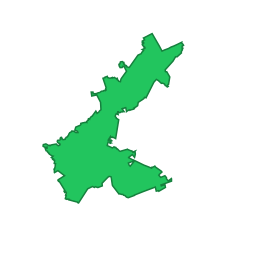 Salvador Alvarado, Sinaloa, Mexico (Natural Earth projection), rotated 240°
{"feature_id": "50627088B8261006945538", "entity_name": "Salvador Alvarado", "entity_type": "district", "adm_level": 2, "iso_a3": "MEX", "parent_name": "Mexico", "parent_adm1": "Sinaloa", "projection": "natural_earth1", "projection_center": [-108.084, 25.381], "detail": "fine", "context": "isolated", "style": "filled", "palette": "green", "viewbox_px": 256, "rotation_deg": 240, "n_neighbors": 0, "source": "geoboundaries", "source_scale": "gbopen_adm2", "svg_char_len": 5826}
<svg xmlns="http://www.w3.org/2000/svg" viewBox="0 0 256 256"><g transform="rotate(240 128 128)"><path d="M165.1,206.1L166.3,211.8L166.9,212.0L167.4,212.4L167.8,212.9L168.5,214.2L169.0,214.2L169.5,215.1L169.7,214.6L171.9,215.9L171.7,217.4L172.0,217.5L173.2,217.4L173.7,217.3L174.3,217.0L174.6,216.9L175.4,217.5L175.7,213.1L176.1,208.7L176.6,205.6L176.6,202.8L177.3,198.7L177.6,195.9L183.5,196.1L197.7,196.1L198.2,186.4L197.2,186.6L196.1,186.4L196.3,185.7L196.0,184.7L196.2,183.9L195.2,183.2L194.7,183.0L194.7,183.8L194.6,184.1L193.7,184.2L193.0,182.0L192.5,182.1L192.2,182.1L190.5,182.6L190.7,182.2L190.1,182.2L188.9,182.7L188.5,182.4L188.7,181.6L188.7,180.5L188.9,179.6L187.5,180.3L186.8,178.7L186.7,178.0L185.8,176.6L185.8,176.2L186.1,173.4L186.1,173.0L179.8,159.4L180.4,158.6L180.9,158.3L181.4,157.6L181.8,157.5L182.2,157.8L182.5,157.8L182.9,157.7L183.0,157.1L183.2,156.9L183.4,157.2L183.6,157.1L183.6,156.8L184.2,156.6L185.0,156.9L185.6,156.2L186.0,156.3L186.4,157.0L186.9,157.2L187.6,156.5L188.3,156.4L188.9,155.0L189.0,154.4L188.4,153.9L188.3,153.6L188.1,153.5L187.6,153.1L187.8,152.5L187.7,152.0L186.2,151.4L184.2,151.4L183.3,153.1L183.8,154.1L184.0,154.6L182.8,155.2L182.0,155.4L181.0,155.2L177.9,155.1L174.1,146.7L173.5,146.0L171.9,144.6L173.1,143.3L174.0,143.4L174.4,143.1L175.2,142.8L175.4,143.3L176.5,143.5L176.5,142.6L177.8,141.8L178.5,141.7L179.1,139.5L179.6,139.7L180.1,137.2L181.8,135.6L183.1,135.9L183.5,133.5L183.1,133.4L183.6,131.2L173.9,129.2L173.1,128.2L172.2,128.2L171.8,128.0L171.7,127.2L172.1,127.2L172.1,126.7L172.3,126.7L172.5,125.7L172.3,125.1L172.6,124.4L172.9,124.1L173.1,123.0L172.9,121.6L172.9,121.0L173.4,119.9L173.6,118.0L174.1,116.7L175.2,115.1L176.6,115.6L177.5,114.1L173.8,112.6L172.2,117.5L164.0,117.1L157.3,113.7L157.0,111.8L156.5,111.0L156.1,108.5L158.7,108.6L156.6,103.8L156.1,103.1L156.3,102.2L156.1,101.8L156.1,101.3L155.3,99.5L154.9,99.2L155.5,98.9L155.8,98.5L155.6,98.0L155.3,98.0L154.6,97.5L154.8,97.2L154.3,95.6L153.6,95.2L154.1,95.0L153.8,94.4L154.5,93.3L154.7,92.4L155.1,91.4L155.6,89.4L154.8,89.1L154.5,88.8L154.3,88.0L154.9,83.2L152.8,81.0L152.4,81.0L152.3,81.3L151.3,82.1L150.4,82.6L149.1,82.4L150.1,80.5L151.0,80.1L152.5,79.3L152.6,78.7L153.5,78.0L153.3,77.4L153.1,77.3L153.0,75.7L153.1,75.2L152.6,74.4L152.5,74.0L151.3,72.5L151.4,72.4L150.6,70.7L150.9,70.0L150.5,69.2L150.4,68.5L149.6,67.9L150.4,65.8L152.2,65.6L153.0,65.8L153.4,65.5L153.3,64.7L153.0,64.1L151.8,64.0L151.7,62.8L152.5,60.8L151.7,60.0L150.7,59.9L149.6,60.3L149.1,60.8L148.7,60.6L148.3,61.1L147.6,60.9L147.3,60.4L147.3,59.9L147.5,58.7L147.9,58.5L148.8,58.1L150.0,57.9L151.5,53.8L151.7,52.7L151.6,51.7L152.2,51.7L152.4,50.7L155.2,49.0L155.4,48.6L155.6,47.6L156.0,46.4L155.4,45.8L154.5,45.3L152.5,46.7L151.9,48.4L151.0,47.9L151.7,46.1L151.3,46.0L149.3,45.7L148.2,46.6L147.6,46.3L146.4,46.7L145.9,46.6L145.5,47.0L144.6,46.8L144.3,47.1L141.8,48.2L141.1,49.0L140.6,47.2L140.6,46.9L139.7,47.4L139.3,47.4L138.6,47.9L138.3,47.2L137.7,47.9L137.2,47.8L137.1,47.7L136.8,47.8L136.6,48.2L136.0,47.9L134.2,46.4L133.3,47.4L132.3,46.4L131.6,46.1L130.9,45.5L130.3,44.9L129.1,43.8L129.3,43.3L128.1,43.0L126.3,42.0L126.1,42.0L126.1,46.0L118.4,49.2L118.1,41.7L117.9,41.7L117.6,41.1L116.4,41.2L116.3,41.7L116.0,41.8L105.5,42.1L105.4,42.1L105.3,41.0L103.8,41.0L103.8,42.2L102.6,42.2L101.0,40.3L100.4,40.7L98.3,38.5L97.8,38.8L97.7,38.6L96.9,39.2L96.8,40.0L96.3,40.3L96.3,40.6L95.9,41.1L95.7,41.3L95.5,41.0L95.3,41.2L95.2,41.0L89.8,46.4L89.6,46.8L89.0,47.1L88.3,47.2L87.8,47.7L95.5,62.7L95.1,68.0L93.3,69.2L93.5,70.4L91.5,72.1L90.7,76.8L93.1,77.9L95.3,85.6L95.6,87.1L95.6,87.3L94.3,88.9L93.4,88.7L86.4,85.9L85.7,85.8L75.3,87.2L75.2,87.9L73.8,89.1L73.0,90.4L72.1,90.5L70.8,91.7L69.2,92.0L68.3,92.6L67.5,93.4L66.4,99.9L66.7,100.0L65.3,109.5L63.2,122.1L59.2,120.9L58.8,122.0L58.5,123.1L57.8,123.1L57.8,130.7L60.5,131.7L61.2,127.9L62.2,128.1L60.2,139.1L62.1,140.2L62.4,140.3L62.6,140.3L62.2,138.6L62.7,139.0L62.2,138.4L62.2,136.3L63.1,136.2L64.7,135.9L65.8,136.5L68.2,136.1L68.9,131.6L71.7,131.1L72.2,132.0L72.9,135.4L73.0,135.4L74.1,135.2L80.4,132.3L81.6,132.2L81.6,131.8L81.5,131.5L81.7,129.7L82.1,129.2L81.4,128.4L85.6,125.1L87.8,123.3L96.4,117.5L93.8,110.8L95.4,110.4L97.5,110.8L96.6,116.1L97.0,117.1L97.8,116.6L99.0,115.4L99.2,115.5L102.0,113.7L102.3,114.2L102.8,118.4L99.3,119.0L100.5,120.2L101.7,121.3L102.8,121.8L102.9,121.7L103.7,122.1L104.1,122.1L104.4,122.7L104.7,120.6L104.3,120.7L104.3,120.2L104.7,120.0L104.9,120.1L106.3,119.9L106.3,119.5L109.7,116.9L109.9,116.4L110.0,116.5L111.7,109.6L112.3,109.1L115.1,108.4L115.1,108.0L117.3,107.7L117.2,107.4L117.8,106.7L118.7,106.5L118.5,104.6L123.2,101.2L125.7,103.7L125.0,105.2L125.0,105.5L124.1,105.4L124.2,104.9L123.7,104.8L123.5,105.2L123.7,105.3L123.9,105.6L123.8,105.8L124.0,105.7L125.0,106.0L125.0,107.6L125.9,107.4L126.7,106.0L127.1,106.2L127.4,105.3L127.1,105.1L127.2,104.8L127.9,105.4L128.0,106.6L127.7,107.0L128.1,107.4L128.5,106.8L129.5,108.7L128.6,108.7L127.8,109.3L128.0,109.9L126.2,111.3L125.0,112.0L139.8,124.1L142.4,122.7L142.8,123.0L144.4,122.7L145.3,123.5L146.2,124.9L144.6,126.2L145.5,126.5L145.6,126.4L146.3,126.4L147.2,127.2L146.9,127.8L146.4,127.6L146.2,127.9L145.7,128.0L145.4,128.5L145.3,128.8L145.4,130.1L144.7,131.3L144.6,132.0L144.1,132.8L147.7,132.4L147.6,133.5L147.0,134.2L147.2,135.2L147.1,135.5L146.8,136.2L143.0,135.0L143.1,135.6L143.1,137.9L142.7,138.7L142.4,138.6L142.3,139.4L141.5,142.4L141.6,143.2L142.3,143.1L142.3,145.8L142.5,147.5L145.1,149.7L145.5,156.3L146.2,157.6L145.8,157.8L145.6,158.7L145.2,158.8L154.7,173.3L155.9,176.9L153.9,178.0L150.0,179.2L149.6,180.3L147.8,181.6L146.9,181.5L146.1,181.5L145.2,182.2L144.6,182.3L143.9,182.5L143.9,183.6L144.8,183.4L145.7,184.4L145.5,184.9L151.3,189.7L157.4,189.7L157.6,189.0L158.3,188.6L159.8,189.3L163.4,200.4L165.9,204.8L165.1,206.1Z" fill="#22c55e" stroke="#15803d" stroke-width="1.5"/></g></svg>